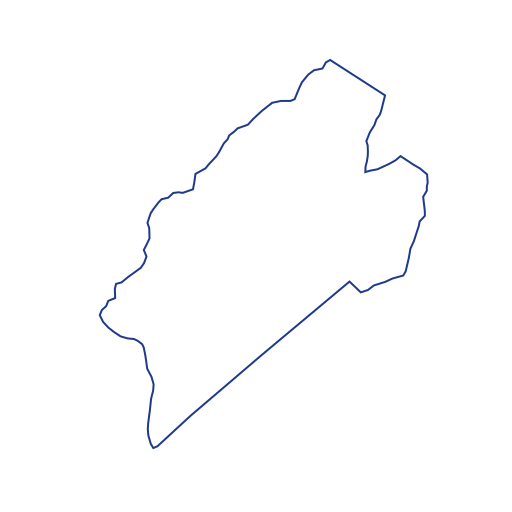 Centenário do Sul, Paraná, Brazil (Natural Earth projection), rotated 230°
{"feature_id": "56859067B19755192038958", "entity_name": "Centenário do Sul", "entity_type": "district", "adm_level": 2, "iso_a3": "BRA", "parent_name": "Brazil", "parent_adm1": "Paraná", "projection": "natural_earth1", "projection_center": [-51.549, -22.794], "detail": "fine", "context": "isolated", "style": "outline", "palette": "blue", "viewbox_px": 512, "rotation_deg": 230, "n_neighbors": 0, "source": "geoboundaries", "source_scale": "gbopen_adm2", "svg_char_len": 1637}
<svg xmlns="http://www.w3.org/2000/svg" viewBox="0 0 512 512"><g transform="rotate(230 256 256)"><path d="M174.9,53.9L173.6,58.2L175.7,103.3L176.1,152.5L176.5,195.5L176.3,311.2L160.8,312.9L158.0,319.9L157.7,327.3L153.1,338.4L151.0,346.1L146.4,356.3L148.1,360.9L156.5,372.1L162.3,378.9L165.9,386.5L171.5,395.4L174.2,399.8L177.3,403.6L178.2,411.2L182.2,414.4L193.9,422.1L196.2,428.8L199.3,431.4L201.8,434.6L208.5,439.5L217.6,437.9L225.1,435.2L235.7,432.1L239.6,430.9L239.6,424.4L241.0,417.2L244.3,404.9L248.2,397.9L250.0,393.7L254.1,397.4L257.3,401.9L261.0,406.1L264.0,408.8L268.9,412.6L273.1,414.4L277.6,422.8L280.1,430.7L283.3,436.1L284.6,441.6L287.0,445.6L296.1,458.1L358.5,438.8L359.4,434.0L356.9,427.5L361.0,419.8L361.4,412.8L359.6,403.0L357.1,397.5L351.3,386.4L352.6,382.1L358.7,374.9L363.0,366.8L363.4,353.9L362.8,341.9L361.8,334.2L365.6,324.0L365.3,319.4L365.6,312.9L363.7,309.4L362.9,303.6L359.3,294.4L357.9,289.8L356.5,278.2L355.6,273.8L357.8,262.4L352.1,256.1L347.6,250.6L351.5,240.4L354.6,237.6L357.5,233.1L357.1,226.2L360.2,220.2L359.7,215.7L357.9,207.6L356.5,202.9L354.2,199.0L351.1,194.1L346.1,192.2L342.9,189.7L337.9,185.7L335.3,180.0L332.7,173.9L326.0,171.8L322.6,165.8L321.0,160.2L322.1,144.8L322.2,136.0L324.6,130.9L321.5,126.7L314.3,121.1L316.6,114.0L313.9,109.0L313.7,103.2L311.1,98.3L303.7,96.5L296.1,96.9L288.9,98.4L281.5,100.6L275.5,104.6L270.8,109.2L266.9,110.9L261.6,112.1L258.1,111.2L254.4,109.2L250.3,106.9L245.1,103.7L239.6,100.2L234.5,99.1L230.7,98.3L223.5,95.1L219.0,90.7L214.1,83.9L205.9,75.4L197.2,65.9L193.0,61.9L187.8,58.2L179.6,54.6L174.9,53.9Z" fill="none" stroke="#1e3a8a" stroke-width="2"/></g></svg>